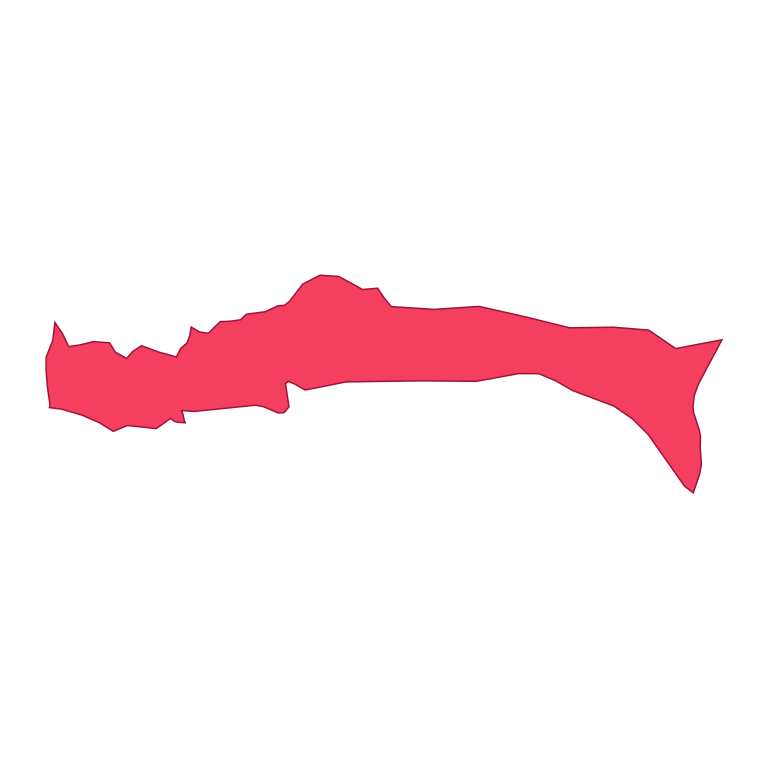 outline of Sud-Est
{"feature_id": "HTI-1389", "entity_name": "Sud-Est", "entity_type": "Department", "adm_level": 1, "iso_a3": "HTI", "parent_name": "Haiti", "parent_adm1": "", "projection": "robinson", "projection_center": [-72.47, 18.22], "detail": "fine", "context": "isolated", "style": "filled", "palette": "rose", "viewbox_px": 768, "rotation_deg": 0, "n_neighbors": 0, "source": "natural_earth", "source_scale": "10m", "svg_char_len": 1305}
<svg xmlns="http://www.w3.org/2000/svg" viewBox="0 0 768 768"><path d="M721.9,339.8L721.6,340.4L698.4,384.1L694.3,395.4L692.9,407.2L693.7,412.9L699.3,430.1L700.5,436.8L700.2,446.8L701.4,464.2L699.5,474.6L693.3,492.8L684.7,486.4L648.1,434.4L632.2,418.6L613.8,406.0L572.7,390.6L555.7,380.8L538.7,373.7L518.4,373.6L476.6,381.3L422.3,380.8L346.1,381.9L305.1,390.0L294.6,384.0L288.3,381.4L285.5,383.7L289.0,406.8L284.1,412.7L278.0,412.9L263.7,406.8L255.7,405.2L194.3,411.4L181.7,410.6L182.7,413.3L184.2,420.1L185.2,422.8L177.5,422.2L174.4,421.3L170.7,418.4L156.2,428.6L127.4,425.5L113.2,431.4L99.5,422.7L81.1,414.8L61.3,409.1L49.4,407.6L50.0,404.7L48.4,394.2L47.1,383.7L46.1,370.5L46.1,357.3L52.8,340.3L54.9,322.5L62.4,333.4L68.7,346.6L79.7,345.0L93.7,341.6L101.8,342.3L109.5,342.7L115.4,352.2L126.7,358.4L132.6,351.5L141.4,345.7L159.2,352.2L176.4,357.0L180.5,348.6L186.9,343.1L189.8,335.6L191.2,327.0L199.4,331.9L208.4,333.3L214.2,327.4L220.3,321.7L230.4,321.2L240.4,319.8L246.3,314.3L253.3,313.3L265.4,311.7L278.2,305.7L284.5,305.4L289.8,301.0L302.7,284.1L320.0,275.2L338.8,276.5L352.5,283.9L362.5,289.5L377.6,288.2L384.0,297.7L391.2,306.6L434.4,309.4L479.0,306.4L524.4,316.6L569.5,327.8L613.5,327.2L648.7,330.1L675.7,348.6L721.4,339.9L721.9,339.8Z" fill="#f43f5e" stroke="#9f1239" stroke-width="1.5"/></svg>